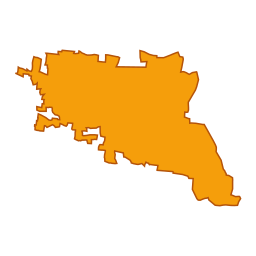 the district of Xocchel, Yucatán, Mexico
{"feature_id": "50627088B37931435586909", "entity_name": "Xocchel", "entity_type": "district", "adm_level": 2, "iso_a3": "MEX", "parent_name": "Mexico", "parent_adm1": "Yucatán", "projection": "albers", "projection_center": [-89.147, 20.795], "detail": "fine", "context": "isolated", "style": "filled", "palette": "amber", "viewbox_px": 256, "rotation_deg": 0, "n_neighbors": 0, "source": "geoboundaries", "source_scale": "gbopen_adm2", "svg_char_len": 4738}
<svg xmlns="http://www.w3.org/2000/svg" viewBox="0 0 256 256"><path d="M195.4,90.1L196.6,86.9L198.5,79.7L196.8,72.3L196.6,71.9L196.2,71.9L192.9,72.5L192.4,72.6L189.2,74.4L186.3,72.7L183.8,71.7L182.5,71.7L180.7,72.1L181.7,67.7L183.2,59.7L183.2,58.6L182.8,57.1L179.9,56.6L179.5,55.9L178.0,52.2L176.6,52.6L172.5,54.2L170.2,55.2L165.8,56.9L163.6,57.7L156.9,57.6L156.8,55.7L153.5,55.5L149.3,54.4L144.2,51.8L140.0,50.6L140.2,57.6L140.7,59.6L141.0,61.9L143.3,61.8L146.8,61.6L145.9,67.2L116.2,66.8L118.2,62.6L119.6,57.7L117.9,56.8L116.7,56.7L107.9,54.9L105.7,54.8L105.7,58.7L105.4,62.1L103.2,62.0L98.0,61.4L98.4,55.4L96.3,54.8L94.2,54.5L92.1,54.9L91.1,55.0L89.2,55.1L88.4,55.1L87.2,55.1L86.4,54.8L85.3,54.5L84.1,53.8L82.4,53.2L81.6,52.7L80.1,51.5L79.0,51.0L78.6,53.3L75.5,53.6L73.7,53.4L74.2,52.1L74.4,51.8L74.5,51.5L73.5,51.4L62.2,50.3L61.9,50.9L61.7,51.7L58.2,51.4L58.1,52.4L58.2,53.5L58.7,54.5L46.6,53.2L46.3,53.2L46.2,53.2L45.9,53.2L46.8,54.9L46.5,57.2L46.3,57.9L46.1,61.0L45.6,63.2L45.0,64.9L47.4,65.1L47.3,66.0L47.4,67.3L47.4,68.1L47.8,68.2L47.9,68.7L47.6,74.7L46.0,74.4L45.4,74.2L40.3,71.9L39.2,71.7L40.0,68.8L40.6,65.3L41.0,61.8L41.3,59.3L37.6,57.6L35.4,57.3L33.9,56.7L33.5,58.2L32.9,60.3L32.4,62.9L32.5,66.0L32.5,66.3L32.3,69.1L31.3,71.4L29.1,70.9L27.0,69.2L26.9,70.9L22.9,68.8L22.0,68.5L19.7,68.0L18.3,67.1L18.0,70.6L17.8,71.8L17.2,73.4L15.4,73.2L23.1,76.8L23.3,73.8L28.7,74.3L28.9,74.4L29.0,75.6L31.4,76.1L30.9,78.6L32.2,81.2L33.2,84.8L35.4,84.4L36.6,83.7L37.2,83.1L37.1,84.9L36.9,86.0L36.7,89.2L40.8,88.8L40.2,89.9L39.8,92.4L40.5,94.7L40.7,94.8L44.2,94.3L42.4,96.5L41.8,99.4L44.1,99.6L44.0,99.8L43.8,101.0L43.8,103.9L42.7,103.6L42.2,103.7L41.7,107.6L36.8,106.6L36.9,110.1L39.6,111.3L44.6,111.3L46.2,111.3L46.2,109.3L46.1,107.4L48.8,107.5L49.3,107.2L51.8,107.4L52.3,108.6L52.2,110.0L52.2,110.5L52.7,112.2L54.2,113.8L55.2,114.8L57.5,115.2L59.3,116.4L59.3,116.9L59.5,117.6L59.5,118.2L59.7,119.7L57.7,119.5L57.3,118.7L52.4,118.2L52.0,119.8L50.7,120.3L48.9,120.0L45.8,117.6L40.8,114.9L40.7,114.9L38.3,113.8L37.7,117.9L38.2,118.0L37.4,120.9L36.6,120.6L36.5,122.2L36.1,125.0L34.7,124.8L34.6,126.3L35.1,126.7L35.0,129.7L35.9,130.0L37.2,130.4L38.2,130.4L40.0,130.9L43.6,131.1L44.5,125.7L45.4,125.8L47.0,127.4L52.6,124.7L53.5,125.4L54.1,125.7L54.6,126.3L55.4,127.4L58.4,127.0L59.5,126.7L59.9,124.5L60.0,124.0L60.1,123.5L62.3,124.5L62.5,124.5L63.9,125.4L66.2,126.2L67.1,125.2L67.9,122.9L72.6,123.3L72.5,125.5L71.8,128.5L72.0,129.4L72.6,129.8L75.5,130.0L75.4,131.8L75.2,132.0L75.1,136.2L74.5,138.8L75.2,139.3L78.5,140.8L79.4,140.6L79.8,140.6L80.8,140.8L81.1,140.5L81.8,140.2L82.7,140.1L83.9,140.1L85.5,140.0L86.8,140.1L87.7,143.4L91.4,143.6L91.5,141.4L91.4,139.6L93.3,139.6L94.5,139.3L96.6,139.5L97.1,137.3L97.4,135.1L94.6,134.8L89.9,134.8L86.7,135.4L83.6,135.7L82.5,135.4L82.5,133.1L81.9,131.2L83.3,130.9L83.8,130.9L84.9,130.9L86.9,131.3L86.6,128.2L86.3,127.8L88.7,127.6L90.5,128.4L93.0,128.2L96.2,128.1L98.5,126.8L100.1,126.6L100.2,132.8L100.8,136.1L105.0,137.2L104.6,140.8L103.4,143.1L103.3,143.6L103.3,144.5L103.1,144.9L102.5,144.7L99.9,144.6L99.3,145.4L98.6,147.1L98.5,148.6L98.5,149.8L101.1,150.1L102.2,150.1L103.3,150.2L104.4,150.3L105.3,150.5L105.2,151.0L105.3,151.8L105.0,153.1L104.6,154.7L104.5,156.2L104.4,157.1L104.4,157.7L104.7,158.1L104.9,161.3L108.7,162.8L109.1,163.0L110.8,163.0L111.9,163.3L115.2,163.6L116.8,163.4L115.7,160.3L115.4,159.6L114.7,158.6L115.2,154.6L114.7,152.6L114.6,151.9L114.7,151.0L117.4,151.6L123.3,152.9L123.8,157.0L124.4,157.0L125.5,157.3L126.3,157.8L130.1,160.2L131.1,161.9L131.3,162.9L133.7,163.7L137.3,164.4L138.4,164.4L141.2,163.7L142.0,163.6L144.5,166.1L144.6,165.2L144.9,164.3L145.7,162.9L145.9,162.2L146.3,162.3L146.5,162.7L148.6,163.3L149.0,164.1L149.4,164.7L150.4,164.5L151.7,164.7L154.5,165.1L155.6,165.2L156.4,165.3L157.9,165.5L157.5,168.1L157.1,169.7L157.1,170.3L172.9,171.6L173.2,172.3L173.1,173.1L182.6,174.5L187.9,176.2L188.9,178.4L193.2,178.6L192.4,189.4L196.8,198.5L197.3,199.2L198.1,200.0L198.4,200.1L200.3,200.2L202.3,199.3L204.8,198.4L206.9,198.1L208.1,197.6L208.9,200.0L215.1,205.2L216.5,205.4L219.9,205.7L223.0,205.1L225.8,204.9L230.7,205.4L234.2,205.5L237.5,205.3L238.7,201.7L240.6,198.6L239.7,196.7L239.3,196.4L235.4,196.6L232.4,195.3L230.9,194.8L232.6,189.0L232.6,180.7L232.7,180.2L232.5,177.7L228.8,175.5L226.3,175.1L226.1,173.6L225.1,171.9L224.7,170.8L223.3,169.1L222.6,166.3L221.1,160.2L216.1,151.7L216.3,149.4L216.3,147.0L216.0,146.6L215.6,145.3L213.2,140.6L204.2,124.5L202.9,124.5L195.9,123.3L191.1,123.0L189.8,123.2L189.6,118.7L188.6,118.6L185.6,117.4L184.5,117.1L184.8,112.1L186.7,112.3L187.8,112.1L188.5,110.0L188.5,109.8L188.5,109.5L188.5,109.4L188.5,109.1L188.5,107.8L188.3,103.7L188.3,103.4L188.3,102.2L195.4,90.1Z" fill="#f59e0b" stroke="#b45309" stroke-width="1.5"/></svg>